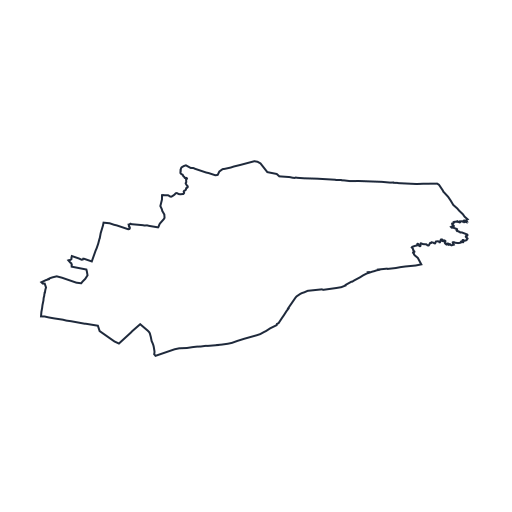 Ilzeskalna pag., Rezeknes, Latvia (Equal Earth projection), rotated 19°
{"feature_id": "27541924B19627708987282", "entity_name": "Ilzeskalna pag.", "entity_type": "district", "adm_level": 2, "iso_a3": "LVA", "parent_name": "Latvia", "parent_adm1": "Rezeknes", "projection": "equal_earth", "projection_center": [27.405, 56.647], "detail": "fine", "context": "isolated", "style": "outline", "palette": "slate", "viewbox_px": 512, "rotation_deg": 19, "n_neighbors": 0, "source": "geoboundaries", "source_scale": "gbopen_adm2", "svg_char_len": 6046}
<svg xmlns="http://www.w3.org/2000/svg" viewBox="0 0 512 512"><g transform="rotate(19 256 256)"><path d="M415.0,210.1L409.6,205.1L405.9,203.7L404.8,203.0L404.4,202.1L403.4,201.8L403.4,201.4L403.9,201.0L404.4,200.4L404.2,200.1L403.1,199.6L402.5,199.0L402.5,198.6L401.5,197.7L400.5,197.2L400.8,196.4L403.0,194.7L404.8,193.6L404.8,193.2L404.6,192.2L404.9,191.8L405.3,191.8L407.0,193.3L407.6,193.4L408.1,193.2L408.2,192.9L408.1,192.4L407.5,190.9L407.6,190.4L407.8,190.3L410.0,190.4L413.3,189.5L414.7,190.1L415.7,189.9L415.9,189.7L416.2,188.4L416.3,187.2L416.5,186.9L417.3,186.7L417.5,185.9L419.1,185.7L420.3,185.9L421.0,185.9L421.3,185.7L421.3,183.9L421.4,183.7L423.1,182.9L423.6,182.8L424.6,182.8L425.0,183.3L425.4,183.2L425.5,183.0L425.4,180.6L425.5,180.2L425.8,180.0L426.6,179.8L426.8,179.9L427.3,180.4L427.2,180.7L426.9,181.1L427.3,181.2L428.1,180.9L429.0,181.0L429.0,180.8L428.7,180.7L428.2,180.5L428.1,180.3L428.2,180.2L429.2,179.9L430.2,180.2L430.3,180.5L430.1,181.3L430.4,182.3L430.8,182.6L431.7,182.7L431.8,183.0L432.1,183.1L432.6,183.1L432.7,182.8L433.3,182.6L433.5,182.3L432.7,182.0L433.4,181.7L433.8,182.0L434.5,181.8L434.9,181.9L435.1,182.0L435.1,182.4L435.5,182.2L435.7,181.7L435.9,181.7L436.2,182.1L437.3,182.3L439.3,180.9L437.7,179.4L437.6,179.0L437.8,178.8L438.6,178.5L440.1,178.6L442.9,178.0L444.7,177.1L445.0,176.4L445.8,176.2L445.9,175.9L445.4,175.4L445.6,175.2L446.1,175.1L446.9,175.6L447.2,175.6L447.4,175.5L447.3,175.0L446.4,174.1L446.3,173.6L446.7,173.4L447.1,173.4L447.8,173.8L448.3,173.7L449.9,172.5L450.0,171.7L450.4,170.7L450.1,170.4L449.2,170.2L449.0,169.6L448.2,169.6L448.0,169.3L448.1,168.7L448.8,168.2L449.2,167.7L449.0,167.1L448.6,166.9L442.9,166.7L441.5,167.3L440.5,166.8L439.7,167.0L439.1,166.7L438.1,167.0L437.3,166.5L437.2,166.3L437.5,165.6L437.4,165.2L437.0,165.1L433.2,165.0L431.8,165.5L430.9,165.0L431.1,164.8L431.6,164.7L432.2,164.3L432.4,164.0L433.2,163.9L433.1,163.6L433.3,163.4L433.3,163.2L433.0,162.9L431.8,162.7L431.7,162.2L430.9,161.8L430.9,161.4L431.9,160.8L432.0,160.2L432.3,159.9L431.9,159.5L432.1,159.3L433.7,158.5L434.6,158.3L434.5,158.0L435.0,157.6L435.5,158.0L436.3,157.9L436.2,157.7L436.6,157.5L436.8,157.9L437.5,158.0L437.9,157.8L438.1,157.6L438.2,157.3L437.9,157.1L437.6,157.1L437.6,156.8L439.8,156.0L440.3,156.2L440.7,155.7L441.0,155.0L441.3,155.1L441.6,155.4L441.7,155.8L441.5,156.1L441.7,156.3L442.0,156.2L442.5,155.4L443.2,155.5L443.4,155.5L442.8,154.9L443.9,154.6L443.1,154.1L443.4,154.0L443.7,152.8L444.1,152.4L440.4,150.9L438.1,149.2L433.3,147.0L430.8,145.5L425.9,143.5L422.0,140.2L418.4,137.5L412.3,134.2L412.2,134.2L411.4,133.3L406.0,129.2L405.5,129.0L403.7,128.6L389.9,133.5L384.6,135.6L367.1,140.7L365.7,140.9L363.9,141.5L362.1,142.0L361.9,141.8L359.1,142.9L350.9,144.9L329.2,151.5L320.0,154.7L314.8,155.8L312.4,156.5L311.8,156.4L306.8,158.1L306.1,158.1L288.6,163.0L276.1,166.9L269.7,168.6L268.0,168.9L267.2,169.6L265.0,170.1L262.2,170.4L252.1,173.1L248.9,171.7L239.4,173.0L230.1,167.0L226.8,166.4L223.6,166.9L211.7,174.9L205.9,178.6L203.3,180.6L197.7,184.0L196.5,184.5L195.8,185.2L193.8,188.1L193.4,191.7L192.7,192.2L191.2,192.9L184.1,193.0L181.8,193.3L169.7,193.4L168.3,193.2L165.5,194.0L160.2,193.1L158.4,194.5L156.8,196.4L156.6,197.2L156.6,198.4L157.0,199.7L156.8,199.7L157.5,202.1L158.8,202.9L160.1,203.0L160.4,203.2L161.4,204.3L162.4,204.5L163.1,205.3L163.4,205.4L164.9,204.8L165.5,205.2L165.5,205.4L165.4,205.8L165.1,206.0L165.0,206.5L166.0,208.8L165.8,210.1L166.0,210.4L167.8,211.9L168.7,212.3L169.0,212.9L168.6,213.7L168.7,213.8L168.6,214.0L167.9,214.6L168.1,216.0L167.9,216.6L167.7,217.0L167.0,217.5L166.7,218.2L166.7,218.8L167.4,219.5L167.5,219.8L167.3,220.5L167.1,221.0L164.3,222.3L162.8,222.6L160.8,222.3L160.1,222.5L159.6,223.0L158.9,224.6L157.5,226.5L156.7,227.4L156.3,227.6L155.3,227.7L153.4,227.2L152.8,227.3L150.0,228.3L148.7,228.5L148.2,229.1L147.4,228.9L147.3,229.0L148.7,233.2L149.3,239.9L151.8,242.5L152.7,243.9L155.8,246.6L157.1,249.7L156.8,251.2L154.6,256.5L154.4,257.6L154.3,260.2L154.1,260.8L145.3,262.3L143.0,262.5L140.6,263.5L139.0,263.7L127.7,266.5L126.9,266.3L126.6,266.5L126.2,267.3L125.7,267.8L125.9,267.9L125.5,267.9L125.6,268.2L126.3,269.0L126.3,269.4L126.9,269.6L127.1,270.2L127.6,270.5L127.6,270.9L127.2,271.1L127.2,271.6L127.3,271.8L126.5,272.3L114.3,272.4L111.7,272.7L107.0,272.7L101.0,274.1L101.4,277.1L101.4,277.4L101.7,284.9L102.5,290.2L102.4,290.7L102.8,295.9L102.8,300.7L102.6,302.9L102.5,314.6L94.3,314.6L93.5,314.8L93.4,315.7L92.3,316.3L89.4,316.0L81.9,316.0L82.0,317.5L82.5,318.9L82.3,319.4L81.6,320.3L80.5,320.8L80.0,321.2L82.8,322.8L83.7,323.0L84.7,324.3L84.6,324.6L85.2,326.1L100.0,324.0L101.0,325.5L103.0,329.1L102.0,333.2L100.3,336.7L99.6,338.7L94.8,339.7L79.6,339.7L74.2,340.1L70.6,342.4L68.6,343.9L67.1,345.4L67.4,345.6L65.1,347.3L61.6,350.7L63.4,351.5L65.2,350.9L67.7,354.1L67.8,356.4L68.3,359.2L68.2,359.3L68.3,359.4L68.3,360.9L68.7,362.5L68.9,364.9L69.5,367.3L70.1,372.0L70.7,374.8L71.3,378.8L72.4,383.1L75.9,382.0L79.8,381.6L85.5,380.7L94.1,379.1L97.8,378.8L102.2,377.9L116.1,375.8L116.9,375.5L129.2,373.4L132.6,377.9L150.0,382.9L154.9,383.4L162.7,369.0L163.4,367.4L168.7,358.2L178.1,361.9L179.8,362.8L180.8,363.7L182.9,366.8L185.0,370.4L186.7,372.2L188.0,373.8L188.9,375.2L191.1,379.3L191.5,380.6L191.7,382.0L193.5,383.1L209.4,370.7L213.4,368.3L220.6,365.5L225.7,362.8L229.7,360.9L233.2,359.6L237.5,357.4L239.7,356.7L248.8,352.7L248.7,352.6L252.3,351.0L258.0,348.1L261.5,346.0L266.1,342.3L271.8,338.1L282.5,330.7L285.4,328.5L288.2,325.4L289.9,323.7L293.0,319.7L298.0,314.7L297.9,313.5L299.2,312.1L300.8,305.9L301.6,303.1L302.8,298.1L303.8,295.2L303.4,295.1L306.9,282.5L307.5,281.0L310.3,277.3L311.5,276.1L313.5,274.6L316.2,272.1L329.1,266.1L330.6,266.1L342.4,260.1L346.8,257.7L350.3,254.7L350.1,254.2L354.6,249.2L355.4,248.9L356.9,247.0L361.3,242.3L363.6,239.4L366.5,236.4L368.0,235.3L367.3,234.8L368.1,234.4L368.5,234.9L371.1,232.9L372.8,231.8L374.7,230.3L376.6,229.2L376.2,228.9L384.0,225.3L384.6,225.4L392.0,221.9L396.2,219.5L400.6,217.3L410.1,213.0L415.0,210.1Z" fill="none" stroke="#1e293b" stroke-width="2"/></g></svg>